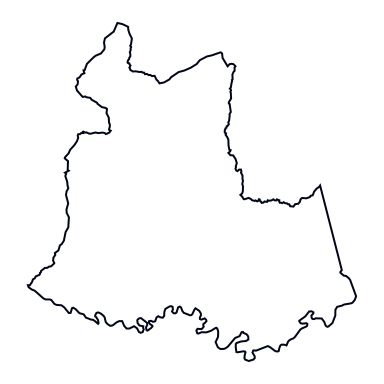 the district of Tesalia, Huila, Colombia
{"feature_id": "7082276B61077651934720", "entity_name": "Tesalia", "entity_type": "district", "adm_level": 2, "iso_a3": "COL", "parent_name": "Colombia", "parent_adm1": "Huila", "projection": "albers", "projection_center": [-75.696, 2.544], "detail": "fine", "context": "isolated", "style": "outline", "palette": "ink", "viewbox_px": 384, "rotation_deg": 0, "n_neighbors": 0, "source": "geoboundaries", "source_scale": "gbopen_adm2", "svg_char_len": 5910}
<svg xmlns="http://www.w3.org/2000/svg" viewBox="0 0 384 384"><path d="M341.8,270.1L320.1,185.5L319.1,186.9L316.7,188.6L314.2,191.5L312.7,195.3L310.6,195.8L310.0,197.0L306.5,198.3L302.0,198.0L300.6,199.2L299.9,201.8L298.2,203.8L295.3,204.1L293.4,206.6L290.1,206.2L289.4,204.4L287.9,204.2L287.3,203.5L284.9,203.1L283.7,202.2L282.1,203.2L281.2,202.7L279.9,202.8L279.1,201.3L279.3,200.3L276.9,199.4L276.5,200.4L274.4,200.3L273.4,199.3L271.5,200.4L268.7,200.8L267.8,200.3L267.0,201.9L264.5,201.5L263.4,202.6L261.7,202.9L261.1,201.7L260.4,201.5L259.6,200.1L259.7,199.5L259.0,199.2L258.1,200.9L257.2,201.4L255.5,200.4L254.6,200.9L252.0,200.2L250.9,199.0L248.6,197.9L244.4,199.3L243.6,199.0L242.2,196.6L240.4,194.9L242.1,193.5L242.8,191.6L243.0,186.4L242.3,184.1L243.0,180.5L242.5,179.3L242.5,175.6L241.0,172.7L241.4,171.8L241.0,169.6L239.1,169.6L237.5,171.1L236.4,170.6L235.8,169.7L235.5,168.6L236.0,167.3L235.8,166.2L236.8,163.2L235.6,159.1L233.2,155.4L230.4,155.2L228.4,152.9L230.2,151.3L230.6,150.1L229.3,149.7L228.5,145.0L228.4,140.0L227.5,137.5L225.6,134.8L226.1,133.4L224.8,132.6L224.7,130.8L225.5,128.3L226.4,127.8L226.7,126.2L227.6,125.9L228.8,124.2L228.3,122.4L229.1,120.7L229.7,115.6L229.5,114.2L230.8,112.0L229.6,103.9L228.9,103.5L228.8,102.3L231.1,98.5L230.8,92.7L230.4,91.7L231.0,90.5L230.6,89.1L229.9,88.7L230.9,87.1L231.7,82.1L232.2,81.2L231.9,80.0L232.6,79.3L232.4,74.7L233.4,72.1L234.6,70.8L234.6,67.4L235.5,66.3L234.9,65.6L233.3,64.1L231.7,63.8L229.7,64.1L227.6,66.3L222.6,58.0L222.1,53.7L221.4,52.7L220.3,52.4L212.0,55.3L206.8,56.5L199.8,60.2L196.7,64.0L190.8,67.7L184.4,70.5L178.6,72.1L171.1,77.2L169.4,79.4L164.1,82.4L159.5,83.4L158.1,81.2L156.5,79.7L154.6,75.8L152.0,76.1L150.4,75.0L148.8,75.1L146.7,73.9L145.0,74.2L144.0,72.6L142.6,72.6L141.5,71.8L139.5,72.0L135.7,71.3L132.9,71.5L130.2,69.8L130.0,68.3L129.4,67.7L130.5,65.5L129.5,64.4L129.4,63.4L127.8,62.9L127.5,62.2L128.2,60.0L129.1,59.3L129.2,57.9L130.3,56.4L130.3,53.9L129.8,52.2L130.7,50.1L130.6,48.4L131.2,47.0L130.2,45.8L131.0,44.4L131.9,38.5L129.6,34.0L128.3,29.8L128.1,26.8L122.4,24.1L117.4,23.0L113.7,31.6L105.0,38.3L104.0,42.4L104.7,47.1L104.3,49.4L100.9,53.5L95.7,55.7L93.4,57.5L86.9,63.9L84.7,70.0L83.5,70.3L84.4,73.2L81.6,74.4L79.4,77.5L77.3,78.5L77.1,79.8L78.0,81.2L77.8,83.2L77.6,84.3L75.8,86.6L77.0,90.5L82.6,96.9L85.4,96.5L86.3,97.2L90.3,97.9L91.6,99.7L97.1,102.8L97.5,103.8L101.8,107.1L105.6,107.9L107.0,108.9L106.5,113.1L108.8,117.8L109.0,122.5L109.8,124.2L109.8,126.7L109.0,129.4L109.4,130.2L110.7,130.7L109.3,132.6L106.0,134.1L104.6,133.0L102.7,132.6L98.0,133.1L95.5,132.5L90.6,133.7L89.1,133.6L86.5,132.4L84.9,132.6L83.3,131.6L82.8,131.9L83.0,133.1L81.4,133.0L79.8,134.2L78.2,134.2L77.7,135.5L78.2,137.9L77.0,141.1L74.4,145.1L70.2,149.7L68.6,153.3L65.0,157.3L64.7,158.3L68.0,161.1L67.7,170.0L68.7,170.7L65.0,172.7L66.2,173.6L65.3,176.0L67.2,181.7L67.6,185.8L68.3,188.2L66.6,191.4L66.0,195.0L68.2,203.3L66.5,209.6L66.7,212.9L68.9,217.3L68.3,227.3L65.6,232.1L63.9,240.6L61.8,244.0L59.9,245.4L58.4,250.5L54.9,253.0L55.3,254.9L53.4,257.7L53.3,258.8L53.1,260.6L54.3,263.1L54.0,263.6L51.1,266.3L48.8,266.7L47.4,267.8L44.9,267.9L41.0,271.0L40.9,272.2L40.0,272.9L40.0,274.0L39.3,274.9L35.8,276.4L34.7,278.4L32.9,279.4L32.2,281.7L29.8,285.3L27.9,285.2L28.6,287.2L31.6,289.4L34.7,290.7L43.3,298.3L45.4,299.4L49.9,299.5L51.2,299.9L54.4,303.9L56.5,304.9L61.5,305.3L64.4,307.5L68.8,313.0L70.6,312.9L72.0,308.2L73.2,307.7L75.7,309.2L79.3,313.1L83.7,314.4L85.9,317.6L91.1,319.6L92.7,319.7L94.6,320.8L98.0,323.8L98.6,323.0L97.9,319.9L96.3,317.2L95.2,316.4L95.1,315.6L96.4,313.0L97.5,312.5L98.7,312.6L101.1,313.7L103.9,316.2L104.7,317.6L105.7,321.9L107.3,323.9L110.3,325.9L112.8,325.3L116.4,322.5L119.1,321.1L122.2,321.1L124.1,325.8L126.5,328.5L129.5,328.5L134.1,326.2L137.1,328.4L138.9,331.9L140.4,332.8L142.7,332.1L143.7,329.2L143.1,327.7L143.3,326.3L139.4,325.5L137.6,323.0L137.3,320.3L137.6,319.6L139.3,318.3L141.0,318.1L147.0,322.8L147.3,324.9L146.1,327.2L146.1,328.1L146.6,330.2L147.6,330.6L151.2,327.9L152.5,326.4L152.3,325.6L150.5,324.5L148.9,322.7L149.0,321.2L151.0,320.8L153.0,321.8L154.6,321.5L155.2,321.2L156.5,317.5L158.2,316.2L160.2,317.3L162.8,317.7L164.2,315.9L164.3,312.0L165.4,308.9L169.1,306.7L170.9,306.1L172.6,306.8L172.9,309.5L172.0,311.5L173.6,313.2L175.1,313.4L176.5,312.6L178.1,307.4L179.9,306.6L181.1,307.6L182.3,310.9L183.7,312.8L190.1,315.3L191.0,315.2L192.2,314.4L194.6,309.3L195.5,308.3L199.2,310.8L200.7,313.1L201.0,315.0L199.8,317.9L200.0,319.1L201.4,319.6L204.7,318.4L206.1,319.7L206.5,321.0L204.9,323.0L203.5,323.8L203.2,324.9L203.7,326.7L202.0,328.8L201.3,329.1L197.5,328.8L196.4,330.5L197.2,333.3L198.3,333.6L201.6,332.2L205.7,332.4L207.3,332.1L211.2,330.7L215.5,328.0L216.6,327.8L217.7,329.6L218.2,332.0L218.0,337.0L215.6,342.1L217.8,347.1L219.3,348.4L220.8,349.0L223.8,348.9L225.5,348.3L227.8,346.7L235.1,338.0L239.6,336.1L241.6,332.2L243.0,332.0L243.3,332.8L246.6,334.3L248.2,336.4L248.4,339.5L246.0,341.0L241.0,341.5L236.6,343.0L235.8,344.0L235.7,347.1L236.4,352.0L237.5,352.3L243.4,351.3L245.1,351.6L245.5,352.2L244.6,355.7L244.5,358.5L245.2,359.6L248.7,361.0L253.4,359.6L254.8,358.0L254.6,356.1L252.5,352.6L253.2,350.6L253.8,350.3L255.9,350.7L267.8,346.1L269.8,347.0L275.4,351.2L277.8,351.5L278.7,351.1L279.4,347.8L280.4,345.5L281.4,344.7L284.2,344.7L286.5,345.4L288.1,341.6L289.1,340.5L291.3,339.1L293.4,338.4L295.0,336.9L300.2,329.7L301.8,328.5L306.4,326.5L307.2,325.6L307.3,323.8L306.3,323.2L303.4,323.6L300.8,323.4L299.3,321.4L299.3,320.7L305.3,316.4L309.1,311.5L311.5,311.3L313.4,312.3L313.4,313.4L311.4,315.5L311.7,317.9L312.4,318.9L314.1,319.1L315.9,318.3L321.7,318.5L324.2,321.8L325.7,325.7L326.5,326.4L327.4,326.8L328.4,326.5L332.4,323.1L335.3,315.6L335.4,309.8L337.2,306.8L341.8,305.7L344.2,304.5L350.8,303.4L352.5,302.7L354.8,299.9L356.1,296.2L350.2,280.1L348.9,278.3L346.1,276.0L343.7,275.6L340.4,272.7L340.3,272.1L341.8,270.1Z" fill="none" stroke="#020617" stroke-width="2"/></svg>